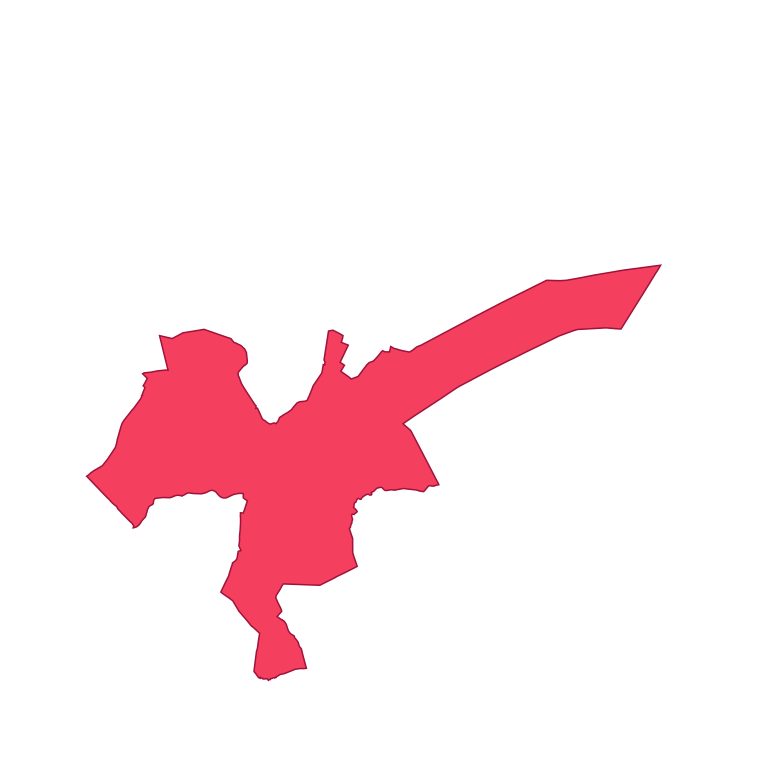 Woudenberg, Utrecht, Netherlands (Mercator projection), rotated 142°
{"feature_id": "6326949B36718410472652", "entity_name": "Woudenberg", "entity_type": "district", "adm_level": 2, "iso_a3": "NLD", "parent_name": "Netherlands", "parent_adm1": "Utrecht", "projection": "mercator", "projection_center": [5.439, 52.08], "detail": "fine", "context": "isolated", "style": "filled", "palette": "rose", "viewbox_px": 768, "rotation_deg": 142, "n_neighbors": 0, "source": "geoboundaries", "source_scale": "gbopen_adm2", "svg_char_len": 6145}
<svg xmlns="http://www.w3.org/2000/svg" viewBox="0 0 768 768"><g transform="rotate(142 384 384)"><path d="M641.7,217.5L639.1,216.6L629.4,213.8L625.0,211.2L622.7,209.3L620.2,207.7L614.9,220.2L612.3,225.9L612.2,226.6L612.1,227.5L612.3,228.4L612.2,229.2L612.0,230.0L610.7,233.1L610.5,236.6L610.5,237.2L610.7,238.5L609.9,240.8L610.9,243.3L611.2,244.3L611.4,245.2L611.4,247.1L611.0,249.3L609.1,254.5L608.9,255.2L608.7,257.9L608.8,259.1L609.2,259.9L609.7,260.7L609.4,261.0L610.1,262.0L611.1,265.8L611.4,266.6L604.6,267.8L603.9,269.4L603.5,270.7L602.1,277.5L601.1,281.3L601.1,281.9L600.9,282.2L600.3,282.5L599.6,283.5L591.9,286.3L589.1,287.6L586.5,288.5L558.7,265.1L558.4,264.9L541.0,261.4L541.0,261.6L529.5,259.1L517.4,256.8L517.1,257.4L514.3,265.7L512.6,270.2L503.8,281.6L500.9,289.9L500.2,291.6L499.5,291.5L498.8,291.7L496.6,293.5L494.8,294.3L493.8,295.6L493.0,295.9L491.8,297.1L491.4,298.5L490.7,300.0L489.6,300.9L489.0,301.0L488.6,300.6L488.0,299.6L487.5,299.8L485.2,299.7L483.8,299.9L483.7,300.0L483.5,300.5L483.5,302.2L483.5,302.9L484.0,305.4L483.9,305.7L483.0,306.1L481.5,307.7L480.6,308.3L480.0,308.4L479.2,308.2L478.7,308.3L476.4,309.7L475.3,309.8L474.7,309.6L473.7,307.7L473.0,307.3L471.3,308.0L469.6,308.1L466.5,307.8L465.1,307.4L464.3,306.8L463.5,305.1L462.6,304.5L462.1,304.4L461.4,304.7L461.2,305.1L461.1,305.9L461.0,306.3L460.7,306.5L460.0,306.2L459.9,306.1L458.2,305.7L453.8,306.3L452.6,305.7L450.9,305.1L449.9,304.3L449.2,303.4L449.2,301.3L448.9,300.1L448.5,299.2L446.9,298.1L445.3,297.3L443.6,296.3L440.7,293.6L440.1,293.2L439.7,293.2L434.9,290.6L433.6,290.0L433.2,289.8L423.8,280.6L423.2,279.8L422.5,278.7L421.8,277.7L419.2,274.9L418.5,274.8L412.1,276.1L411.1,276.1L410.4,275.6L408.9,273.9L407.5,272.8L405.8,272.3L402.8,270.9L402.5,271.9L401.3,278.7L399.8,286.5L391.9,329.0L391.6,330.9L391.7,331.6L393.2,339.3L393.4,340.5L393.5,341.0L380.2,340.2L347.8,337.5L336.1,336.7L329.2,336.2L325.4,335.7L290.5,329.5L272.7,326.0L265.6,324.4L254.4,322.2L216.2,314.0L202.5,309.6L197.9,307.8L174.4,291.5L168.1,285.6L163.4,281.4L114.3,299.3L103.4,303.4L97.3,305.5L92.9,307.3L125.2,326.3L150.9,340.2L166.6,348.2L176.4,353.4L182.0,357.3L192.0,365.6L240.9,375.6L270.0,381.0L331.1,391.8L335.0,393.0L337.4,393.1L339.0,393.0L341.3,393.1L343.5,393.4L344.4,393.6L349.2,399.2L350.9,401.4L352.3,403.5L354.1,405.7L355.6,409.4L359.9,405.9L363.4,408.7L364.6,411.1L366.9,410.9L367.6,410.6L372.1,409.6L377.2,408.7L378.0,408.7L379.6,409.0L380.6,409.3L382.2,410.0L385.7,409.7L399.8,405.9L406.8,408.1L407.1,410.0L407.5,411.6L410.2,420.6L403.6,423.1L405.2,428.1L388.2,436.6L392.0,443.1L388.2,445.8L386.5,447.4L388.1,451.4L391.1,457.8L391.4,458.0L395.1,459.9L415.7,440.6L416.2,440.0L416.1,439.8L416.5,439.7L416.9,437.7L418.5,436.2L418.9,435.6L419.9,436.7L424.4,432.5L426.4,430.9L440.9,426.2L444.3,424.1L451.1,420.2L451.9,419.9L453.9,418.8L454.8,418.5L455.7,418.6L457.3,419.4L461.3,421.9L462.7,422.3L464.2,422.6L469.5,421.6L472.4,420.8L473.9,420.7L477.5,420.9L482.0,421.5L486.9,421.9L490.9,419.7L492.2,419.6L493.4,419.2L494.5,420.9L495.2,421.3L497.4,422.0L498.1,422.4L498.9,423.3L499.2,424.0L499.6,425.0L500.0,426.4L500.3,428.3L501.1,430.0L501.3,431.2L501.2,432.2L499.8,437.6L498.8,442.1L498.8,443.1L498.9,443.4L500.0,443.8L499.3,444.3L498.8,445.1L498.3,445.4L498.4,446.0L498.4,447.6L497.4,459.7L496.6,468.1L496.2,471.1L495.9,472.6L493.9,479.0L494.0,479.3L492.9,481.6L492.4,482.2L492.0,482.6L490.9,483.1L485.3,484.3L483.7,484.5L480.9,484.4L479.7,484.5L478.9,484.8L478.1,485.5L477.2,486.8L474.2,491.7L473.5,492.6L473.2,493.2L472.7,495.0L472.2,497.8L472.4,498.1L472.7,500.4L473.1,502.4L473.3,502.9L475.5,507.4L476.6,509.0L476.7,510.8L476.7,514.1L477.0,514.4L481.9,521.9L492.2,537.9L496.4,540.1L510.9,548.1L522.9,550.2L531.1,560.3L545.7,527.8L547.6,529.5L554.6,533.9L560.7,537.0L565.4,540.0L566.3,540.5L567.9,540.7L567.1,534.2L571.2,532.3L574.9,530.8L574.6,528.6L574.7,528.3L576.0,527.5L578.4,526.2L578.6,526.1L578.6,525.9L580.4,525.0L581.2,524.4L581.2,523.9L582.2,524.0L582.4,523.7L582.9,523.2L584.8,522.2L585.4,522.0L596.1,519.0L598.9,518.5L611.1,515.5L614.7,514.2L617.3,512.5L625.8,506.3L628.2,504.6L629.7,503.2L632.3,501.1L634.7,499.4L648.6,494.8L656.3,493.0L665.6,494.3L669.8,494.5L673.0,494.2L675.1,494.4L672.6,469.7L672.0,464.1L671.7,462.8L671.5,458.6L670.9,454.9L670.1,452.2L670.1,451.9L670.6,450.0L670.6,449.3L670.0,442.5L669.1,434.7L669.0,433.5L668.3,429.1L668.6,426.4L669.8,425.2L670.2,425.1L670.0,424.9L667.2,423.8L664.5,423.7L662.8,424.0L661.0,424.5L658.9,425.4L654.1,426.1L652.6,426.9L647.1,431.0L645.7,431.6L644.8,432.0L643.3,432.1L641.0,431.6L640.1,431.6L639.3,432.0L637.1,434.1L636.5,434.4L635.5,434.6L634.3,434.5L628.0,430.6L622.9,426.3L620.4,425.3L618.3,424.9L618.3,424.7L617.7,424.7L614.8,423.3L613.7,421.9L612.7,421.0L612.4,420.3L611.8,419.9L611.0,420.0L610.3,419.7L607.1,419.3L606.0,419.0L604.9,418.4L603.9,417.4L601.4,414.8L595.7,410.1L594.6,409.4L591.6,408.1L586.9,407.1L585.9,406.7L585.0,406.1L584.7,405.9L584.0,404.9L583.2,403.5L583.0,402.6L582.7,397.5L582.4,396.1L582.1,395.1L581.0,393.4L580.4,392.8L578.9,391.7L578.2,391.3L571.1,389.7L568.4,388.6L565.6,387.0L563.6,385.5L562.4,384.3L565.0,380.9L563.6,375.9L564.0,375.8L572.0,370.4L574.4,369.0L574.7,369.2L576.4,370.9L579.0,367.7L579.0,367.4L582.9,362.5L587.8,356.9L590.7,354.0L593.8,350.2L593.7,350.1L598.1,345.7L598.1,345.4L599.2,341.0L599.3,340.8L601.9,341.9L606.7,337.5L607.9,336.7L609.9,336.2L613.5,336.3L613.5,336.1L622.8,329.8L624.7,328.3L630.7,325.5L640.7,320.5L640.1,317.9L638.0,311.2L636.7,306.5L636.7,305.9L638.2,294.2L637.6,281.7L637.5,274.7L637.3,274.3L636.8,272.5L635.5,264.1L640.3,259.7L645.9,254.2L648.1,252.4L649.1,251.8L663.3,237.7L663.5,236.9L663.4,236.4L663.4,233.9L663.6,231.1L663.5,229.8L663.4,229.6L662.9,229.3L662.9,228.5L662.8,228.2L662.5,228.2L661.9,228.7L660.9,226.5L660.9,226.0L659.7,225.1L659.1,224.8L658.5,224.3L657.4,223.5L657.4,223.2L657.6,221.9L657.6,221.6L657.4,221.5L656.5,221.7L655.5,221.1L655.2,221.5L654.8,221.6L653.4,220.9L652.8,220.9L651.8,220.4L651.4,220.1L651.4,219.8L651.3,219.7L649.6,219.2L649.5,219.3L649.4,219.7L649.2,219.8L648.3,219.4L645.9,219.2L644.6,219.0L642.9,218.2L641.7,217.5Z" fill="#f43f5e" stroke="#9f1239" stroke-width="1.5"/></g></svg>